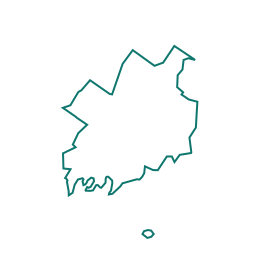 the district of Lincoln, Maine, United States of America, rotated 23°
{"feature_id": "52423323B80760419757691", "entity_name": "Lincoln", "entity_type": "district", "adm_level": 2, "iso_a3": "USA", "parent_name": "United States of America", "parent_adm1": "Maine", "projection": "robinson", "projection_center": [-69.539, 44.048], "detail": "fine", "context": "isolated", "style": "outline", "palette": "teal", "viewbox_px": 256, "rotation_deg": 23, "n_neighbors": 0, "source": "geoboundaries", "source_scale": "gbopen_adm2", "svg_char_len": 1371}
<svg xmlns="http://www.w3.org/2000/svg" viewBox="0 0 256 256"><g transform="rotate(23 128 128)"><path d="M138.6,34.4L134.8,54.2L133.0,55.8L128.1,60.4L101.9,54.5L101.6,55.9L98.0,71.0L100.2,103.3L97.8,103.8L74.4,98.9L70.3,111.6L68.2,114.3L66.1,129.6L60.2,134.9L75.3,138.0L77.4,138.7L89.1,141.0L84.2,152.2L83.7,164.8L87.3,166.2L78.1,176.7L84.4,190.5L91.2,188.4L89.7,198.6L89.8,198.6L91.1,198.8L92.8,200.0L92.8,201.3L98.1,209.4L99.8,213.1L102.3,209.3L101.7,205.3L101.1,201.1L102.0,195.0L105.8,192.0L107.1,192.7L107.0,194.8L109.3,198.0L110.8,196.5L111.3,194.6L111.3,192.2L113.5,188.1L116.0,187.8L117.5,190.3L116.6,196.7L115.1,198.4L113.5,198.3L113.2,201.8L113.6,202.2L117.6,200.7L120.2,199.1L121.0,193.2L121.7,192.6L122.8,192.4L125.4,193.6L126.8,193.4L128.7,187.1L127.3,183.5L127.2,181.8L127.6,181.1L129.0,180.6L133.9,182.5L135.1,184.8L136.8,192.3L136.1,194.7L136.4,196.6L139.4,194.6L143.8,184.6L144.5,181.1L156.1,171.8L158.8,170.9L160.1,167.5L160.6,163.4L158.6,156.7L167.5,156.9L171.9,155.2L174.9,139.0L179.5,137.1L184.1,141.2L186.1,132.5L195.8,126.4L195.8,125.7L188.3,112.8L190.3,101.0L185.7,88.3L181.6,76.7L172.8,78.0L164.2,76.3L164.8,73.6L157.3,71.2L153.1,60.0L155.3,52.9L152.6,43.6L156.3,40.2L163.2,39.1L138.6,34.4ZM183.1,216.7L182.8,220.0L188.8,221.6L191.9,219.1L193.1,215.6L189.4,213.4L186.1,214.2L183.1,216.7Z" fill="none" stroke="#0f766e" stroke-width="2"/></g></svg>